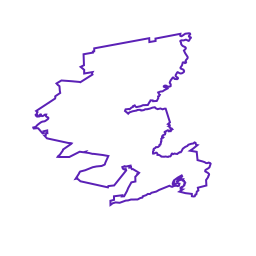 outline of Plāņu pag., Strencu, Latvia, rotated 341°
{"feature_id": "27541924B27973755781373", "entity_name": "Plāņu pag.", "entity_type": "district", "adm_level": 2, "iso_a3": "LVA", "parent_name": "Latvia", "parent_adm1": "Strencu", "projection": "robinson", "projection_center": [25.864, 57.579], "detail": "fine", "context": "isolated", "style": "outline", "palette": "violet", "viewbox_px": 256, "rotation_deg": 341, "n_neighbors": 0, "source": "geoboundaries", "source_scale": "gbopen_adm2", "svg_char_len": 5882}
<svg xmlns="http://www.w3.org/2000/svg" viewBox="0 0 256 256"><g transform="rotate(341 128 128)"><path d="M186.2,163.3L184.7,163.9L182.6,163.5L179.6,163.5L178.3,164.3L176.0,164.5L173.1,165.4L170.7,167.7L169.9,168.1L169.2,167.7L168.5,168.0L167.9,167.9L166.1,168.6L164.1,167.6L163.7,167.3L162.2,167.4L161.4,166.5L161.1,166.5L160.4,167.1L160.4,167.4L159.2,168.4L158.7,168.6L157.5,168.2L156.5,168.4L154.0,167.1L153.0,167.0L150.4,166.0L150.0,165.6L149.9,165.1L148.6,163.6L147.3,163.1L147.6,162.7L147.3,162.3L147.3,161.3L147.0,160.7L146.5,160.4L144.2,160.6L143.4,160.4L143.4,159.9L144.1,158.2L145.2,157.4L145.1,156.6L145.7,156.0L147.3,155.8L148.2,155.2L149.6,155.7L150.4,155.7L152.1,155.0L152.2,154.3L153.4,154.1L153.8,153.1L154.4,152.7L154.7,151.6L155.4,151.2L155.5,150.3L156.0,149.5L155.9,149.1L157.0,148.4L158.0,148.6L158.4,148.4L158.0,147.8L157.3,147.5L157.6,146.9L158.5,146.3L160.0,146.1L160.9,146.1L161.3,145.4L161.8,144.9L161.8,144.3L161.3,143.8L161.4,143.6L164.9,143.1L165.5,143.6L165.7,144.1L165.6,144.4L167.4,144.9L167.7,144.5L167.5,144.0L168.5,144.0L169.0,143.6L169.5,143.6L169.2,142.8L168.3,142.4L168.2,141.6L167.6,141.3L167.7,140.8L167.5,140.5L167.8,139.9L167.2,139.5L168.3,139.2L168.3,138.4L167.1,137.3L169.5,136.3L169.9,122.0L168.8,121.6L166.8,121.6L165.0,120.1L162.1,119.8L160.6,118.3L160.1,117.1L157.7,116.7L155.0,116.8L152.4,116.5L150.3,115.9L148.8,116.2L146.7,115.9L146.6,115.6L145.7,115.4L145.3,114.7L142.7,114.0L141.9,114.3L137.9,113.7L134.6,113.7L132.9,114.5L132.7,113.7L132.4,113.7L130.7,110.9L131.8,109.6L135.0,110.3L135.6,110.8L138.0,109.8L139.5,109.7L139.8,109.0L141.7,108.8L142.0,110.1L142.8,111.0L147.1,111.5L149.6,111.3L154.2,112.7L157.1,110.2L157.5,110.1L158.3,109.2L160.4,110.0L160.4,110.8L164.0,111.8L166.4,109.6L166.7,108.0L167.7,108.0L168.9,107.0L168.7,106.8L168.3,105.7L168.1,104.2L170.5,104.1L172.6,104.6L174.9,104.0L178.4,103.5L178.3,102.9L177.9,102.6L175.6,101.0L175.3,100.6L175.4,100.2L175.8,100.0L176.5,99.9L177.6,100.2L178.9,101.6L179.8,102.2L180.9,102.4L181.9,102.3L182.5,101.0L182.5,99.9L182.2,99.3L182.3,98.5L183.9,96.8L186.7,94.9L187.1,94.9L187.4,95.2L187.7,95.6L187.8,96.4L188.2,96.9L190.3,97.8L191.3,97.5L191.5,97.1L191.3,96.4L190.4,95.4L190.0,94.3L190.4,93.4L192.6,91.5L193.2,91.4L193.4,91.6L194.5,92.9L195.7,93.7L197.3,93.8L199.1,93.2L199.6,92.4L199.4,90.9L197.2,88.9L197.2,88.3L197.3,88.0L199.5,86.3L201.1,83.9L202.3,84.1L202.5,84.6L203.0,85.2L204.0,85.1L204.4,84.7L204.3,83.8L204.4,83.2L205.2,82.5L206.8,81.6L207.3,81.0L207.5,80.1L206.4,75.8L206.1,73.0L208.1,72.0L208.6,71.5L208.7,71.0L208.5,70.3L206.4,68.2L205.9,67.2L205.6,65.9L205.9,64.6L205.7,63.0L206.0,62.6L207.1,62.5L209.1,63.3L211.3,63.3L211.9,63.6L213.5,65.3L214.1,65.3L214.6,64.9L215.4,64.0L216.7,63.3L216.9,62.9L216.5,62.4L215.5,61.6L215.4,61.3L215.5,60.9L215.9,60.6L217.4,59.5L217.4,58.9L216.6,58.3L212.8,57.5L208.9,58.6L208.3,58.6L207.5,58.0L207.5,57.5L208.2,56.0L183.1,52.4L182.4,54.7L176.2,53.7L177.3,50.0L122.0,41.7L121.0,44.5L119.7,44.3L119.4,45.3L110.0,43.8L106.8,54.3L103.1,54.8L105.5,58.7L104.3,62.2L112.7,63.6L111.8,64.4L111.7,65.2L111.8,65.9L97.8,69.2L97.2,68.7L89.9,65.4L80.5,61.4L74.9,62.6L75.8,64.7L76.2,65.1L76.8,66.2L75.7,70.4L75.3,72.8L69.6,74.3L69.4,74.5L69.3,75.3L68.7,76.4L46.7,82.0L47.6,83.5L46.5,84.4L46.4,84.9L46.5,85.3L45.0,85.5L44.9,86.3L45.7,87.2L46.3,86.9L46.8,87.3L46.4,87.8L48.0,88.2L48.9,88.1L48.8,87.0L49.5,86.6L50.1,86.9L50.1,87.8L50.3,88.5L50.6,88.8L51.7,88.9L54.0,88.3L54.7,88.6L55.0,88.7L54.3,89.6L54.3,90.2L54.7,90.9L55.9,92.1L56.0,92.6L55.7,93.1L55.1,93.5L52.2,94.4L51.2,94.5L49.1,94.1L47.3,94.3L43.4,95.6L41.1,96.9L38.6,96.7L38.6,97.6L38.7,97.8L42.1,98.6L43.0,99.1L45.5,105.3L46.8,105.4L47.0,103.6L50.8,104.0L50.1,106.6L49.0,106.1L47.9,108.0L46.5,107.9L48.0,111.4L66.8,122.8L69.0,123.7L69.7,124.2L69.2,124.5L59.6,127.2L59.0,128.1L54.7,131.2L52.9,131.8L52.1,132.4L53.5,133.0L63.1,136.3L74.6,134.7L77.9,136.4L80.0,136.6L79.2,137.0L82.9,138.9L86.0,140.9L87.2,141.3L95.5,145.4L100.3,148.1L95.3,153.4L94.2,154.9L94.0,155.0L90.7,155.3L85.7,154.1L81.9,153.6L73.7,154.0L68.6,153.6L67.4,154.4L67.0,155.0L61.9,159.0L63.6,159.2L63.5,159.6L64.1,160.2L65.7,162.9L89.7,177.6L90.5,176.5L96.2,177.8L112.5,167.5L112.5,166.1L111.4,166.2L111.0,165.9L111.1,165.7L110.5,165.5L109.9,164.7L109.9,163.1L112.5,163.0L112.8,163.3L112.8,163.7L116.8,164.2L116.3,165.9L117.0,166.0L117.4,164.3L118.2,164.4L118.1,165.0L118.3,165.4L117.9,166.3L118.3,168.2L119.3,168.5L123.9,174.0L122.2,174.9L121.7,174.6L121.0,175.5L119.0,176.5L117.6,181.0L113.5,180.5L108.7,184.8L106.5,187.3L102.1,191.3L99.9,190.7L100.6,189.7L92.5,188.0L91.4,191.4L87.7,191.1L86.4,195.0L89.0,194.2L92.0,194.3L95.8,196.0L102.3,195.9L104.4,196.5L107.5,196.6L113.8,198.7L116.9,198.2L118.8,198.5L119.1,198.4L119.7,197.4L123.3,197.4L125.3,196.8L127.3,197.6L129.1,196.9L134.1,197.3L137.2,196.7L148.4,196.1L149.1,196.9L150.5,198.0L153.0,197.8L155.1,198.4L156.0,199.1L157.4,199.2L158.5,197.4L157.5,196.8L157.1,196.2L152.4,196.2L152.0,196.0L152.3,194.8L153.9,194.2L154.2,193.6L153.6,193.3L154.4,192.5L158.9,191.1L163.3,190.3L163.5,191.3L161.9,192.3L157.8,193.5L157.0,194.3L158.0,194.7L160.1,193.8L161.1,194.4L161.6,193.9L163.6,194.4L163.0,195.2L162.8,195.7L163.7,196.2L163.6,196.5L164.1,197.5L163.6,198.1L164.1,198.6L162.7,199.7L162.9,200.2L162.2,200.7L160.5,201.4L160.5,201.2L159.9,201.2L158.3,201.6L158.0,202.5L158.4,202.6L158.9,203.6L159.6,203.9L155.9,204.9L161.1,208.3L166.9,211.1L166.2,213.3L167.7,214.1L168.8,214.3L169.2,214.0L170.0,212.9L171.0,213.0L172.4,210.5L174.2,210.0L174.6,207.2L183.4,207.9L184.9,202.6L187.7,200.6L188.2,199.6L188.8,199.4L189.6,198.2L189.6,197.8L188.9,196.4L187.0,194.3L186.9,193.9L187.6,192.9L191.0,192.2L192.2,191.7L194.5,188.7L194.3,188.0L193.2,187.3L193.1,187.0L191.5,187.0L190.4,186.6L189.3,185.2L187.5,183.8L183.3,181.0L185.2,172.9L179.3,169.7L182.3,168.9L188.1,166.8L187.3,166.3L186.9,165.8L187.0,164.0L186.2,163.3Z" fill="none" stroke="#5b21b6" stroke-width="2"/></g></svg>